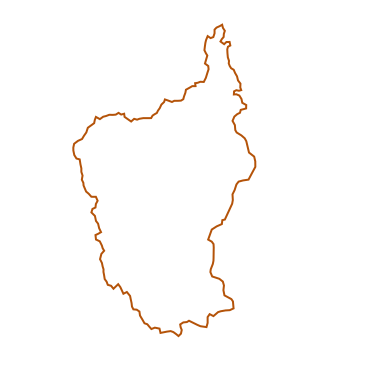 the district of Catarina, Ceará, Brazil, rotated 144°
{"feature_id": "56859067B12131034549764", "entity_name": "Catarina", "entity_type": "district", "adm_level": 2, "iso_a3": "BRA", "parent_name": "Brazil", "parent_adm1": "Ceará", "projection": "robinson", "projection_center": [-39.929, -6.241], "detail": "fine", "context": "isolated", "style": "outline", "palette": "amber", "viewbox_px": 384, "rotation_deg": 144, "n_neighbors": 0, "source": "geoboundaries", "source_scale": "gbopen_adm2", "svg_char_len": 2991}
<svg xmlns="http://www.w3.org/2000/svg" viewBox="0 0 384 384"><g transform="rotate(144 192 192)"><path d="M226.8,73.4L223.2,79.4L223.1,82.2L226.5,89.3L224.3,94.1L221.1,97.6L219.7,101.4L220.9,105.7L225.3,111.8L224.2,116.4L222.2,118.5L217.5,121.5L215.1,123.7L213.3,126.0L207.0,134.4L205.2,137.2L205.2,140.2L206.9,144.0L198.1,150.0L192.3,149.7L186.7,148.5L184.0,151.4L181.6,150.4L166.4,158.9L163.7,161.5L160.6,166.3L156.4,168.5L151.6,172.0L148.2,173.0L144.0,171.4L139.0,168.8L131.8,172.3L126.0,175.1L122.8,179.6L120.9,184.1L122.7,190.4L118.2,201.2L117.8,204.5L118.8,208.8L120.9,213.9L120.6,216.6L118.0,220.9L117.4,225.7L113.4,228.1L109.7,228.4L106.6,227.9L104.3,229.8L101.8,228.8L99.1,227.8L97.0,230.5L98.9,234.6L97.3,238.2L97.0,242.2L98.7,245.0L100.8,246.3L98.8,248.7L96.3,248.3L94.5,246.3L92.3,245.5L91.5,248.2L89.1,251.2L89.2,255.2L87.6,259.1L87.2,262.9L86.4,266.4L87.6,269.1L87.4,271.8L86.7,274.4L85.0,276.3L83.9,279.8L81.7,283.5L79.6,286.7L77.5,288.4L74.9,288.0L73.4,291.3L76.0,293.1L79.1,292.7L80.5,297.0L78.2,298.1L75.3,298.8L73.3,301.2L70.7,303.1L70.5,306.6L69.3,309.6L72.1,309.9L75.5,310.6L78.3,310.1L80.5,307.1L83.7,304.8L86.5,305.6L87.7,308.9L91.4,306.6L93.6,304.7L96.1,302.1L98.6,299.4L99.2,296.1L99.4,293.4L106.0,288.3L104.8,284.4L106.4,281.6L109.3,279.5L113.7,276.2L117.8,274.1L120.5,276.3L123.2,277.0L125.5,278.2L126.9,275.6L129.6,277.5L132.7,277.8L136.8,278.3L139.0,276.2L142.3,274.0L144.5,272.2L147.2,272.4L149.7,274.0L152.7,276.2L155.3,276.6L157.4,279.8L159.5,282.8L161.7,281.2L165.4,280.7L168.8,278.8L171.8,277.8L174.0,276.6L176.6,276.9L179.0,277.0L181.6,275.8L184.0,277.5L188.0,280.4L191.4,282.1L193.9,282.8L195.8,285.2L199.8,284.8L202.4,292.4L200.9,295.2L203.8,296.3L204.9,299.2L208.2,299.4L210.5,300.8L213.6,303.1L216.9,304.0L219.6,305.1L223.7,305.1L225.6,309.2L228.2,307.5L230.7,305.2L234.7,305.2L238.5,305.2L242.5,302.3L246.3,301.0L249.8,299.5L254.2,300.4L259.0,300.3L261.9,297.7L263.6,295.3L265.5,291.1L265.8,287.0L263.7,284.4L266.0,279.9L267.6,276.2L269.7,273.3L270.9,269.6L273.9,266.7L274.5,263.3L275.9,261.0L277.4,254.6L276.6,251.3L276.2,247.3L272.6,244.6L273.5,240.4L276.8,238.8L279.2,236.2L282.5,236.8L285.4,234.6L284.6,229.7L286.7,225.0L286.6,221.6L288.4,217.3L289.2,213.0L292.3,213.3L295.4,213.9L297.6,210.0L295.6,206.3L296.4,201.6L297.3,199.1L297.6,196.1L301.7,195.2L305.9,191.7L306.6,187.5L308.1,184.2L309.0,181.5L310.6,179.4L311.9,176.6L313.8,172.9L313.8,169.6L314.7,166.4L312.6,163.7L312.4,159.9L305.9,160.8L305.9,157.1L307.3,150.0L303.5,149.4L303.2,144.3L304.4,141.7L306.2,137.6L307.9,134.6L308.4,131.5L305.9,129.3L304.8,126.2L306.7,122.6L307.2,117.2L307.6,113.7L305.9,111.3L305.7,108.2L305.4,105.0L301.8,104.1L298.6,100.6L300.3,96.5L294.4,93.8L291.0,92.0L289.4,89.6L288.3,86.2L287.6,83.4L284.2,83.9L281.4,86.4L280.7,89.2L279.4,91.8L275.7,91.6L272.6,89.8L270.1,89.6L265.8,81.4L264.1,78.5L259.7,74.2L256.3,76.9L252.9,81.6L249.5,82.8L247.6,79.0L241.5,79.5L238.8,78.6L234.5,76.5L230.9,74.2L226.8,73.4Z" fill="none" stroke="#b45309" stroke-width="2"/></g></svg>